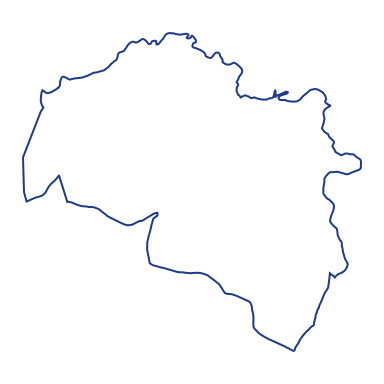 the district of Cap Estate/Caribbean Park, Gros Islet, Saint Lucia
{"feature_id": "8701671B6558289916202", "entity_name": "Cap Estate/Caribbean Park", "entity_type": "district", "adm_level": 2, "iso_a3": "LCA", "parent_name": "Saint Lucia", "parent_adm1": "Gros Islet", "projection": "orthographic", "projection_center": [-60.924, 14.1], "detail": "fine", "context": "isolated", "style": "outline", "palette": "blue", "viewbox_px": 384, "rotation_deg": 0, "n_neighbors": 0, "source": "geoboundaries", "source_scale": "gbopen_adm2", "svg_char_len": 5824}
<svg xmlns="http://www.w3.org/2000/svg" viewBox="0 0 384 384"><path d="M334.8,277.4L335.0,276.9L336.3,275.7L338.2,274.1L341.1,273.0L342.6,272.2L345.0,270.3L345.8,269.2L346.7,267.6L347.8,264.2L346.5,261.3L345.6,260.0L344.8,258.2L343.8,254.7L343.0,251.8L342.4,247.9L342.1,246.8L341.8,246.4L341.9,244.2L341.5,241.9L341.2,241.3L340.6,240.9L340.1,240.3L337.9,235.8L337.6,234.5L337.3,231.1L336.9,229.0L336.4,228.3L333.3,225.6L331.3,223.3L330.2,221.6L330.0,220.8L331.0,216.2L332.8,211.9L333.8,208.7L334.0,205.7L333.3,203.9L331.8,202.1L329.5,199.9L328.3,199.2L326.6,198.0L323.6,194.1L323.3,192.8L323.4,187.3L323.9,185.3L323.9,184.6L324.4,182.0L324.3,179.3L324.7,178.1L326.2,175.8L327.3,174.8L328.0,173.8L328.8,173.1L330.0,172.3L331.1,172.1L332.7,172.2L336.6,171.8L338.5,171.9L340.6,172.7L342.7,173.2L345.5,174.1L347.2,174.3L349.6,173.6L351.2,172.7L358.8,169.9L359.9,169.3L360.8,167.9L361.0,161.9L360.8,160.8L360.5,159.9L359.9,159.2L356.7,157.2L353.9,154.6L352.2,154.2L350.8,154.3L349.9,154.2L349.2,153.9L346.1,153.4L344.7,153.8L342.9,154.7L341.1,155.2L335.6,152.1L334.2,149.1L332.6,146.8L332.4,146.1L332.7,145.1L333.8,143.1L334.1,142.1L333.3,140.8L331.1,138.8L330.1,137.6L329.6,137.4L329.2,136.9L328.2,134.6L327.9,134.0L327.2,133.5L325.7,132.8L324.6,132.0L322.9,129.9L322.0,128.4L322.1,127.8L323.1,125.0L324.5,118.9L324.3,117.7L323.6,115.0L323.5,112.6L323.7,111.7L324.4,110.3L325.3,109.1L328.0,107.1L329.5,106.5L330.1,106.0L330.2,105.7L329.9,105.2L328.5,104.7L326.2,103.3L325.5,102.5L325.2,101.9L325.2,101.2L325.8,99.9L326.1,98.5L325.6,97.2L325.4,96.3L324.3,94.4L323.0,92.8L322.0,91.9L318.1,89.7L316.8,89.3L315.0,89.0L313.8,89.2L310.7,89.9L308.3,91.6L307.4,92.6L304.8,94.6L302.7,96.5L300.4,99.1L299.4,100.0L298.0,100.7L297.2,101.3L294.3,101.6L292.6,101.6L288.6,101.2L287.5,101.0L285.1,100.0L282.0,100.1L279.9,99.9L279.1,99.3L278.6,98.5L278.5,97.8L279.0,97.1L279.7,96.3L280.5,95.6L281.0,95.4L284.5,94.3L285.4,94.2L287.0,93.4L287.6,93.0L287.9,92.4L287.8,92.2L286.2,91.6L285.3,91.9L284.8,92.3L280.1,94.4L277.9,95.1L276.2,96.4L275.4,96.6L275.7,94.3L275.5,91.6L275.1,90.7L274.7,91.3L273.9,95.5L273.2,97.2L271.8,98.2L270.8,98.3L270.2,98.1L266.7,99.5L264.5,99.6L262.2,99.5L259.6,99.1L256.6,98.3L254.5,97.4L251.7,98.0L250.7,98.0L248.4,96.4L247.4,96.3L246.0,95.4L245.0,95.4L243.7,96.0L243.1,96.1L241.9,96.7L241.2,97.4L240.5,97.5L239.9,96.2L239.0,95.1L237.9,94.6L237.3,92.6L236.6,91.0L236.5,90.2L236.8,87.9L237.0,87.1L237.9,85.7L238.2,85.0L238.1,84.3L237.7,83.5L236.7,82.5L236.6,82.0L238.3,79.3L238.4,78.5L239.2,76.6L241.2,74.1L242.2,71.9L242.1,70.6L241.9,69.3L239.6,66.6L237.1,64.4L235.0,63.1L234.0,62.7L233.1,62.9L230.9,64.1L229.7,64.5L228.4,64.6L226.2,64.4L223.5,62.9L222.8,62.4L222.5,62.0L222.7,60.7L222.3,59.2L220.8,57.1L220.0,55.5L219.7,54.2L219.2,53.4L218.5,52.9L217.8,52.6L217.0,52.6L216.2,52.7L214.8,53.5L212.8,56.2L211.4,57.7L210.3,58.1L206.9,56.9L205.8,56.1L205.1,54.1L204.1,52.4L200.2,49.9L197.1,48.7L195.9,48.1L193.7,47.6L192.9,47.2L192.4,46.5L192.4,45.8L193.1,43.5L193.8,42.9L195.2,42.6L195.6,42.4L196.0,41.8L195.9,40.9L195.7,39.7L192.9,36.2L192.2,35.8L191.6,35.8L191.0,37.2L189.6,38.2L188.3,38.5L187.4,38.2L186.7,37.8L186.7,37.5L188.0,35.9L188.5,35.0L188.3,34.5L187.4,34.0L186.2,33.7L180.0,34.7L175.4,34.0L174.3,33.5L173.1,33.3L170.0,33.1L169.0,33.1L167.6,33.5L166.0,34.4L165.2,35.3L163.0,38.9L161.6,40.2L159.4,43.1L158.8,43.7L157.0,44.5L156.6,44.5L156.4,44.2L156.4,42.3L156.0,41.0L155.8,40.8L154.4,40.8L152.6,41.1L151.9,41.5L150.9,43.4L150.3,43.9L150.0,44.1L148.9,44.0L148.5,43.9L146.7,41.5L144.5,39.5L142.7,39.0L141.6,39.4L140.5,40.3L137.8,42.0L137.1,42.3L135.9,42.6L133.0,41.7L132.4,41.7L130.5,42.6L129.0,43.8L127.3,45.8L126.6,47.1L124.2,50.6L123.5,51.2L119.9,52.3L118.7,53.0L118.1,54.2L117.7,55.7L117.7,56.6L117.2,57.5L117.2,58.1L116.7,59.3L116.1,60.1L114.1,61.4L111.2,63.9L109.2,66.2L106.9,68.2L104.0,70.3L97.4,72.2L93.1,72.9L90.9,74.2L89.8,74.6L88.0,75.6L87.3,75.7L86.9,76.1L84.9,76.5L84.7,76.7L82.5,77.5L74.4,78.5L71.8,79.0L70.2,79.6L68.9,79.3L65.9,77.6L64.2,76.9L62.8,76.8L62.3,77.0L61.7,77.7L60.5,80.4L60.0,82.1L60.0,83.6L59.8,85.7L58.8,87.5L58.5,87.8L57.8,87.8L56.9,88.9L51.1,92.3L47.7,93.2L46.5,92.9L45.4,92.3L42.5,90.3L41.7,92.1L41.4,93.3L40.8,99.1L40.8,101.3L41.2,103.0L42.3,106.1L43.4,107.6L40.8,111.5L23.0,157.4L24.0,192.1L26.6,201.5L35.8,197.5L38.3,196.9L41.6,195.8L43.4,194.6L45.3,192.8L48.7,186.7L51.2,183.7L54.2,181.2L56.7,178.4L58.8,175.6L59.1,175.7L67.3,202.0L68.2,201.7L68.7,201.7L72.0,202.6L76.0,204.3L78.7,205.3L80.7,205.8L82.4,206.2L86.7,206.5L88.9,207.0L91.4,207.0L94.0,207.3L98.5,209.0L99.9,210.0L102.2,212.0L104.7,213.7L107.6,216.2L112.1,218.6L123.0,223.9L125.7,224.8L127.8,225.3L132.1,224.7L139.5,221.0L140.1,220.9L141.5,221.0L144.1,219.7L146.8,217.9L153.6,213.8L156.1,213.0L157.4,212.9L157.4,215.6L153.3,218.6L152.2,222.6L151.6,224.5L150.0,231.8L148.4,236.9L148.4,237.5L147.4,241.5L147.2,243.5L147.3,246.6L147.1,248.5L147.2,249.9L147.5,251.8L148.8,257.9L149.6,262.9L151.2,264.3L153.4,265.4L156.0,266.0L159.9,267.2L163.7,268.0L177.1,271.9L178.7,272.2L182.4,272.3L187.3,273.0L190.3,273.2L195.5,272.8L200.1,272.9L204.3,274.0L207.7,275.4L211.7,278.5L213.5,279.7L216.5,282.2L218.8,283.9L220.3,285.8L223.5,291.0L224.8,292.9L226.5,293.7L231.7,294.2L236.5,295.8L249.3,301.6L250.1,302.5L251.3,304.8L252.0,307.7L252.2,310.4L252.5,311.2L253.2,314.5L253.5,318.5L253.3,322.6L253.5,326.4L254.2,328.3L254.7,328.9L258.8,333.1L261.1,334.8L265.6,337.5L269.0,339.3L283.5,345.8L293.3,350.9L294.4,350.6L294.8,349.9L294.9,348.7L295.8,346.9L298.5,342.9L300.1,339.6L300.8,338.3L303.7,334.7L306.7,331.3L308.0,330.3L311.0,327.0L313.6,325.3L313.9,324.8L314.1,322.4L315.5,317.5L315.7,315.6L316.0,314.2L316.9,312.3L317.2,310.4L318.7,308.0L319.5,305.1L320.8,302.6L324.4,293.7L325.3,292.1L327.4,289.0L328.2,287.4L329.4,278.2L329.9,273.3L330.9,274.2L333.8,276.2L334.8,277.4Z" fill="none" stroke="#1e3a8a" stroke-width="2"/></svg>